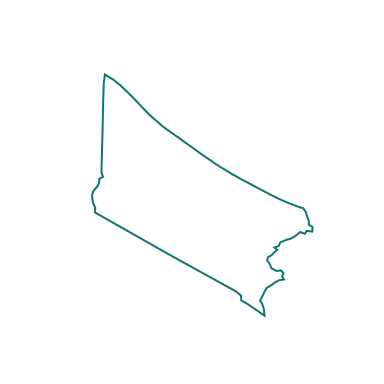 the district of Pirambu, Sergipe, Brazil, rotated 247°
{"feature_id": "56859067B46148324219241", "entity_name": "Pirambu", "entity_type": "district", "adm_level": 2, "iso_a3": "BRA", "parent_name": "Brazil", "parent_adm1": "Sergipe", "projection": "orthographic", "projection_center": [-36.821, -10.66], "detail": "fine", "context": "isolated", "style": "outline", "palette": "teal", "viewbox_px": 384, "rotation_deg": 247, "n_neighbors": 0, "source": "geoboundaries", "source_scale": "gbopen_adm2", "svg_char_len": 1278}
<svg xmlns="http://www.w3.org/2000/svg" viewBox="0 0 384 384"><g transform="rotate(247 192 192)"><path d="M128.7,289.0L133.6,288.0L137.0,283.9L140.9,279.9L144.3,276.3L152.3,268.8L158.5,263.5L166.7,256.8L172.9,251.7L179.4,246.5L183.9,242.8L188.0,239.7L193.7,235.2L198.8,231.7L204.3,227.6L209.1,224.3L213.7,221.6L217.4,219.1L221.9,216.2L225.1,214.2L234.5,208.7L240.9,204.6L246.3,201.5L252.9,197.3L255.7,195.5L260.0,193.0L264.4,190.3L267.4,189.0L274.6,185.4L278.5,183.6L283.7,181.4L304.5,173.6L318.0,167.8L325.5,163.9L334.2,157.7L326.1,153.0L319.8,150.1L302.8,142.3L295.3,139.0L245.6,116.4L240.8,116.0L240.3,111.7L236.9,110.2L234.6,107.7L232.8,104.4L231.1,101.2L228.3,98.9L224.5,97.5L219.8,96.6L215.3,96.8L211.1,94.7L144.6,145.6L130.1,156.9L83.5,193.5L77.6,196.6L72.9,195.0L69.5,197.7L64.6,201.1L49.8,210.4L56.6,212.5L62.1,212.9L65.4,212.1L68.3,215.8L72.4,220.3L74.5,223.1L75.2,228.4L76.5,234.1L76.7,238.1L75.6,242.4L79.0,242.0L81.7,244.6L85.4,243.0L86.0,239.2L90.7,235.4L95.9,235.4L99.6,234.4L102.3,236.6L102.7,240.5L104.3,244.2L105.5,247.8L108.6,246.2L108.4,250.7L111.2,253.7L111.1,260.2L110.5,264.5L111.0,269.4L112.8,276.1L109.4,279.6L111.4,282.3L108.6,287.2L112.7,289.3L116.2,286.8L120.3,288.4L123.6,288.3L128.7,289.0Z" fill="none" stroke="#0f766e" stroke-width="2"/></g></svg>